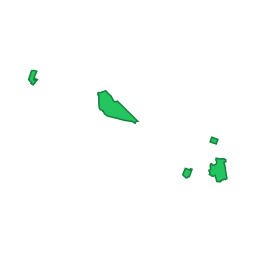 outline of Woorabinda, Queensland, Australia, rotated 102°
{"feature_id": "25037944B71447631493326", "entity_name": "Woorabinda", "entity_type": "district", "adm_level": 2, "iso_a3": "AUS", "parent_name": "Australia", "parent_adm1": "Queensland", "projection": "orthographic", "projection_center": [149.585, -24.034], "detail": "fine", "context": "isolated", "style": "filled", "palette": "green", "viewbox_px": 256, "rotation_deg": 102, "n_neighbors": 0, "source": "geoboundaries", "source_scale": "gbopen_adm2", "svg_char_len": 3540}
<svg xmlns="http://www.w3.org/2000/svg" viewBox="0 0 256 256"><g transform="rotate(102 128 128)"><path d="M119.3,119.9L118.2,121.8L117.0,123.5L111.1,132.8L109.5,135.2L103.9,144.0L105.0,145.7L104.7,147.6L101.5,150.2L100.2,151.3L98.5,154.4L96.2,157.4L99.3,162.8L99.6,164.6L100.5,164.5L100.8,164.6L101.1,164.6L101.3,164.5L102.2,163.8L102.3,163.8L102.2,163.8L102.2,163.7L102.3,163.8L102.4,163.7L102.5,163.4L102.7,163.1L103.0,163.0L103.3,163.0L103.5,163.1L104.3,163.0L104.5,162.9L105.6,162.7L106.6,162.4L107.0,162.2L107.9,162.1L108.7,162.0L109.4,161.8L111.0,161.4L111.8,161.1L112.9,160.8L113.7,160.5L114.4,160.2L115.1,159.8L115.5,159.3L115.8,158.8L115.9,158.2L116.0,157.4L116.1,156.9L116.4,155.9L117.0,156.0L117.1,155.3L117.8,154.9L118.0,154.7L118.5,154.5L118.6,154.2L119.2,153.5L120.5,150.6L120.6,149.3L120.6,149.0L120.8,142.6L120.8,139.8L121.1,137.3L121.2,132.2L120.9,128.1L120.9,127.8L120.9,127.7L120.8,125.5L120.9,124.8L121.6,123.2L121.9,122.0L121.3,121.9L120.5,121.8L120.0,121.3L120.0,121.2L119.5,120.7L119.4,120.2L119.3,119.9ZM161.8,30.0L161.7,29.7L161.8,29.4L161.9,29.1L161.8,28.8L161.6,28.6L161.6,27.9L161.6,27.5L161.6,27.2L161.4,26.9L161.3,26.4L160.8,26.0L160.6,25.9L160.3,26.0L159.7,25.7L159.4,25.3L159.4,25.1L159.1,24.4L158.9,24.1L158.5,23.7L158.2,23.6L157.8,23.4L157.7,23.1L157.7,22.8L157.9,22.6L158.2,22.1L157.8,21.8L157.5,21.3L157.1,20.8L156.9,20.7L150.6,23.3L147.9,24.2L147.1,24.3L144.4,25.7L144.1,25.6L144.0,25.8L141.7,27.1L141.4,26.6L140.7,25.2L139.5,25.6L139.2,25.6L138.8,25.7L138.7,25.9L138.6,26.0L138.4,26.3L138.4,26.6L138.4,26.9L138.3,27.3L138.2,27.5L138.2,27.8L138.2,28.0L138.3,28.4L138.4,28.5L138.4,28.9L138.5,29.1L138.6,29.6L138.8,30.0L138.9,30.4L138.9,30.7L139.0,30.9L139.0,31.2L139.1,31.4L139.2,31.6L139.2,31.9L139.2,32.1L139.2,33.0L139.1,33.3L139.2,33.7L139.1,34.0L139.0,34.4L139.0,34.5L139.1,35.0L139.4,35.3L139.4,35.5L139.5,35.5L139.8,35.7L140.0,35.6L140.4,35.5L140.8,35.4L141.2,35.3L141.3,35.3L141.5,35.1L141.8,34.8L142.0,34.6L142.4,34.4L142.7,34.3L143.0,34.2L143.7,34.1L143.9,34.1L144.2,34.2L144.4,34.2L144.6,34.3L144.9,34.4L145.1,34.4L145.2,34.5L145.3,34.7L145.4,34.8L145.6,35.0L145.8,35.3L145.9,35.6L146.0,35.8L146.1,36.0L146.3,36.2L146.5,36.6L146.6,36.8L146.7,37.0L146.6,37.5L146.4,37.9L146.2,38.2L146.0,38.4L145.7,38.6L145.6,38.8L145.5,39.0L145.7,39.4L146.1,39.5L146.3,39.6L146.5,39.7L147.1,39.8L147.5,39.7L147.8,39.7L148.3,39.6L148.7,39.5L149.0,39.4L149.4,39.2L149.8,39.0L150.3,38.8L150.6,38.7L151.0,38.7L151.2,38.8L151.5,38.9L151.8,39.0L152.0,39.3L152.2,39.7L152.3,39.9L152.7,40.1L153.0,40.0L153.3,39.7L153.5,39.4L153.7,39.2L153.9,39.1L154.1,38.9L154.3,38.7L154.5,38.5L154.8,38.5L155.2,38.5L155.9,38.5L156.4,38.6L156.6,38.7L156.7,37.7L156.9,37.3L157.4,36.3L157.6,35.9L157.6,35.2L157.2,34.2L156.2,33.0L161.8,30.0ZM91.3,231.6L91.9,234.1L92.0,234.2L96.7,234.8L101.2,235.3L101.3,235.2L102.2,234.3L102.2,234.2L103.7,232.0L103.8,231.8L104.6,232.2L105.4,229.9L105.5,229.7L99.5,226.7L99.1,229.5L99.3,229.5L99.3,229.3L99.3,229.5L100.2,229.0L100.8,229.3L100.3,230.4L100.2,230.4L100.0,230.2L99.4,229.9L99.1,230.0L98.5,229.6L98.4,229.7L98.1,230.0L97.9,230.1L97.7,230.2L97.6,230.3L91.5,229.0L91.3,231.6ZM162.2,64.7L162.5,64.5L162.7,64.2L162.9,63.9L163.2,63.6L163.5,63.1L163.6,62.6L163.7,62.3L163.9,62.1L164.2,61.7L164.6,61.2L164.7,60.9L164.7,60.5L164.6,60.0L164.5,59.8L164.1,59.5L163.7,59.3L163.4,59.0L163.1,58.5L163.0,58.2L162.9,57.9L155.0,56.8L154.9,58.4L156.2,58.6L155.5,63.5L162.2,64.7ZM119.6,44.2L124.5,44.8L125.3,38.4L121.8,37.9L120.5,37.7L119.6,44.2Z" fill="#22c55e" stroke="#15803d" stroke-width="1.5"/></g></svg>